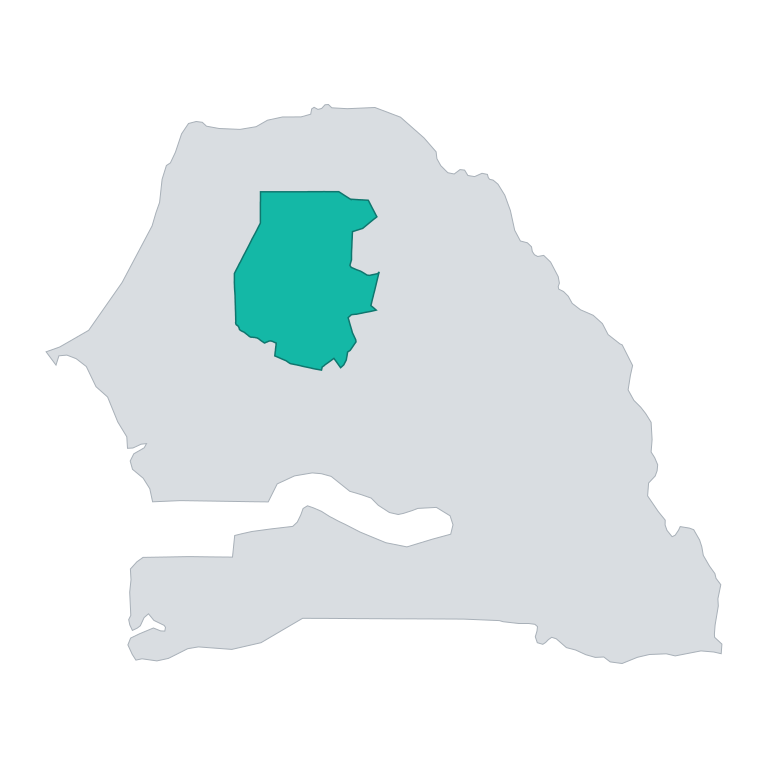 Linguere, Louga, Senegal (highlighted)
{"feature_id": "50182788B14678638932037", "entity_name": "Linguere", "entity_type": "district", "adm_level": 2, "iso_a3": "SEN", "parent_name": "Senegal", "parent_adm1": "Louga", "projection": "natural_earth1", "projection_center": [-15.296, 15.307], "detail": "fine", "context": "in_parent", "style": "filled", "palette": "teal", "viewbox_px": 768, "rotation_deg": 0, "n_neighbors": 0, "source": "geoboundaries", "source_scale": "gbopen_adm2", "svg_char_len": 8441}
<svg xmlns="http://www.w3.org/2000/svg" viewBox="0 0 768 768"><path d="M622.2,344.9L632.6,365.5L630.4,375.4L628.1,389.9L633.9,400.4L640.8,407.3L645.7,413.6L651.1,422.3L652.1,439.6L651.1,452.0L654.7,457.7L657.7,464.8L657.1,470.8L655.2,476.0L648.6,483.0L647.6,495.9L658.3,511.6L665.2,520.1L665.1,525.0L667.0,530.4L672.1,536.7L675.2,535.2L678.6,530.1L680.2,526.6L689.4,528.1L693.7,529.7L699.6,540.0L701.8,546.8L703.3,555.4L709.5,566.1L714.9,573.6L716.0,578.3L720.8,584.7L717.9,598.8L718.3,606.0L715.1,625.0L714.4,634.0L714.6,637.3L721.9,644.1L721.2,653.7L713.8,652.0L700.9,650.9L675.2,655.9L666.3,653.8L649.4,654.5L637.4,657.3L622.1,663.5L610.2,661.9L603.8,657.0L595.3,657.4L585.8,654.7L575.6,650.0L566.4,647.6L556.3,638.8L551.7,637.3L548.4,639.6L545.6,642.5L542.8,644.3L537.3,642.7L535.3,636.8L537.0,631.0L537.5,626.6L534.9,624.3L528.8,623.5L518.9,623.5L503.1,621.7L499.4,620.6L463.8,619.1L427.0,618.9L395.7,618.8L356.2,618.6L328.5,618.4L302.6,618.3L282.6,630.0L261.0,642.7L231.8,649.4L198.4,646.9L187.7,648.7L176.6,654.3L168.4,658.4L156.9,660.9L142.0,658.8L135.9,660.1L132.2,654.3L127.9,644.9L130.6,638.1L139.7,633.7L153.4,628.0L160.6,630.9L164.8,631.1L165.5,627.4L164.2,625.4L153.9,620.4L148.5,613.8L144.1,617.6L140.3,625.8L137.1,628.2L132.4,630.4L129.8,624.9L128.7,619.6L130.8,615.4L129.7,592.2L131.0,579.8L130.4,569.0L136.9,561.8L143.0,557.4L166.9,557.0L189.2,556.6L210.6,556.9L232.5,557.1L234.7,535.5L241.6,533.8L251.9,531.5L271.2,528.9L292.7,526.4L297.3,522.1L300.8,514.9L303.1,508.5L307.5,505.8L313.5,507.9L321.4,511.3L329.6,516.5L338.9,521.4L345.2,524.4L360.2,532.1L385.8,542.7L406.9,546.9L432.3,539.2L450.7,534.2L453.0,524.8L450.1,515.8L436.4,507.4L417.8,508.4L412.1,510.6L403.4,513.4L398.2,514.5L389.4,512.5L378.3,505.3L371.2,498.1L361.4,494.7L349.8,491.3L331.2,476.4L321.4,473.7L312.2,472.9L294.5,475.9L277.2,483.9L268.2,501.9L250.9,501.7L214.1,501.1L180.4,500.6L152.6,501.8L149.8,488.7L143.2,478.2L132.5,469.3L130.2,461.0L133.8,453.8L144.2,447.8L146.5,443.6L141.1,444.2L132.9,448.0L127.5,448.3L126.8,436.8L117.8,422.0L107.6,397.0L96.0,386.7L86.3,366.5L76.2,358.7L66.9,355.1L58.9,355.8L56.0,365.1L46.1,351.8L59.7,347.0L88.7,330.3L122.1,282.5L152.1,225.9L156.0,212.6L159.6,202.4L162.1,179.3L166.4,165.5L170.4,162.9L175.4,152.3L181.6,133.8L188.5,123.5L196.2,121.5L202.3,122.3L206.5,126.2L219.1,128.5L240.0,129.4L256.1,126.7L267.5,120.2L282.4,117.0L301.0,116.9L310.7,114.2L311.7,108.9L314.1,107.3L317.9,109.4L321.6,108.5L325.0,104.8L328.4,104.5L331.8,107.8L347.3,108.7L374.9,107.5L400.5,117.2L424.0,137.9L436.1,151.8L436.9,158.7L440.8,165.7L447.8,172.7L454.2,174.0L460.0,169.6L464.6,170.1L467.9,175.5L474.6,176.6L482.0,173.3L487.4,174.4L488.3,177.6L489.6,179.3L493.1,180.1L498.0,184.2L504.8,195.2L510.4,210.6L514.7,230.3L520.4,241.0L527.4,242.8L531.5,246.8L532.3,251.5L534.4,254.7L537.7,256.5L543.7,255.4L550.6,262.1L558.2,276.6L559.4,283.1L558.2,286.6L558.7,289.1L563.6,291.6L568.3,296.3L572.2,303.4L580.5,309.8L593.2,315.3L602.4,323.6L608.1,334.6L619.8,343.8L622.2,344.9Z" fill="#d9dde1" stroke="#a8b0b8" stroke-width="1"/><path d="M260.5,201.2L260.4,202.2L260.4,203.9L260.4,205.7L260.4,209.3L260.4,212.7L260.4,216.2L260.4,219.7L260.4,222.0L260.4,222.4L260.4,222.7L260.4,222.8L260.3,223.3L259.1,225.6L258.5,226.8L258.3,227.1L258.2,227.4L257.6,228.5L256.7,230.4L256.2,231.3L254.8,234.0L253.5,236.3L253.2,236.9L252.9,237.6L252.5,238.1L252.0,239.1L251.0,241.2L249.2,244.8L247.4,248.3L245.6,251.7L245.6,251.8L243.6,255.5L241.8,259.1L240.8,261.1L240.6,261.5L240.4,262.0L239.9,262.7L239.9,262.8L239.2,264.0L238.1,266.3L236.2,269.9L234.4,273.5L234.4,275.1L234.4,276.7L234.4,278.3L234.4,278.6L234.4,281.1L234.3,282.2L234.4,282.5L234.4,283.5L234.4,284.0L234.5,285.4L234.5,286.9L234.6,288.7L234.6,288.8L234.6,289.0L234.7,290.5L234.9,292.6L235.0,294.7L235.1,295.9L235.1,298.0L235.2,299.9L235.2,301.4L235.3,303.7L235.3,304.9L235.4,305.8L235.4,308.2L235.5,310.6L235.6,313.0L235.6,314.9L235.7,316.8L235.7,318.1L235.7,319.4L235.8,320.6L235.8,321.9L235.6,322.6L235.8,323.6L236.0,324.3L236.2,324.5L236.4,324.9L236.9,325.2L237.3,325.3L237.4,325.5L237.7,325.6L237.9,325.9L238.1,326.2L238.3,326.5L238.5,326.8L238.7,327.0L238.8,327.3L239.0,327.6L239.1,327.9L239.2,328.2L239.2,328.6L239.3,328.9L239.4,329.3L239.6,329.6L239.8,329.8L240.2,330.1L240.6,330.4L240.9,330.6L241.2,330.8L241.6,331.0L242.0,331.2L242.5,331.5L243.4,331.8L243.9,332.1L244.5,332.5L244.9,332.7L245.4,333.3L245.8,333.5L246.6,334.2L247.2,334.6L247.8,335.1L248.6,335.8L249.2,336.3L250.0,336.8L250.3,336.9L250.7,337.1L250.9,337.1L251.1,337.2L251.3,337.2L251.5,337.2L252.0,337.2L252.6,337.2L252.9,337.2L253.2,337.3L253.4,337.4L253.7,337.4L254.0,337.4L254.3,337.4L254.6,337.4L254.8,337.4L255.2,337.6L255.4,337.6L255.8,337.7L256.1,337.7L256.6,337.8L256.8,337.9L257.1,337.9L257.3,338.1L257.5,338.2L257.9,338.4L258.1,338.4L258.3,338.6L258.6,338.8L258.9,339.0L259.2,339.2L259.7,339.6L259.9,339.8L260.2,340.0L260.5,340.3L261.1,340.7L261.5,341.0L261.8,341.2L262.2,341.5L262.6,341.7L263.0,342.0L263.4,342.3L263.7,342.5L264.2,342.8L264.4,343.0L264.7,343.0L264.9,342.9L265.1,342.8L265.3,342.7L265.7,342.5L266.1,342.3L266.5,342.1L266.9,342.0L267.2,341.9L267.5,341.8L267.7,341.7L268.0,341.5L268.3,341.4L268.5,341.3L268.8,341.2L269.0,341.1L269.4,341.0L269.7,341.0L270.0,341.0L270.2,340.9L270.4,340.9L270.6,340.9L270.8,341.0L271.1,341.0L271.5,341.1L271.8,341.2L272.1,341.3L272.3,341.4L272.5,341.4L272.7,341.5L273.0,341.6L273.3,341.7L273.6,341.9L273.9,342.1L274.3,342.3L274.7,342.4L275.2,342.7L275.4,342.8L275.7,342.8L276.1,342.9L276.2,343.1L276.2,343.4L276.2,343.8L276.1,344.0L276.2,344.4L276.0,344.7L276.0,345.0L276.0,345.4L276.0,346.0L275.8,346.5L275.8,346.9L275.7,347.5L275.7,348.1L275.6,348.5L275.5,349.0L275.5,349.6L275.5,350.3L275.4,350.8L275.3,351.4L275.2,352.1L275.1,352.8L275.1,353.1L274.8,355.9L277.2,356.9L279.5,357.9L281.7,358.9L283.9,359.8L286.2,360.8L288.1,362.2L290.1,363.5L291.1,363.8L292.8,364.1L294.6,364.5L296.4,364.8L298.1,365.2L299.5,365.5L300.8,365.8L302.2,366.2L303.6,366.5L305.0,366.8L306.5,367.1L308.9,367.6L310.8,368.0L312.7,368.5L314.7,368.9L315.7,369.1L316.4,369.2L318.1,369.5L319.8,369.8L321.5,370.1L322.2,367.0L324.1,365.7L325.0,364.8L328.0,362.7L330.9,360.6L333.9,358.4L336.2,361.5L338.4,364.6L340.6,367.7L342.1,366.4L343.8,364.8L344.6,363.2L345.5,361.5L346.3,359.9L346.6,357.9L347.0,355.9L347.3,354.0L347.6,352.0L350.1,350.4L351.6,348.3L353.1,346.1L354.5,344.0L356.0,341.9L355.7,339.7L354.6,337.4L353.5,335.0L352.4,332.7L351.6,329.7L350.7,326.7L349.8,323.7L349.0,320.7L348.1,317.7L348.4,317.4L351.4,314.7L353.1,314.5L354.8,314.3L356.5,314.2L359.3,313.6L362.0,313.1L364.7,312.5L367.4,312.0L370.2,311.5L372.9,310.9L374.0,310.6L375.1,310.4L376.2,310.1L373.7,307.9L370.9,305.6L371.5,303.2L371.8,301.8L372.7,298.1L373.2,296.3L373.6,294.4L374.6,290.7L375.5,286.9L375.7,286.1L375.9,285.3L376.4,283.2L377.3,279.4L378.2,275.8L378.5,274.4L378.9,273.1L379.2,271.9L377.6,273.7L375.9,274.0L374.2,274.4L372.5,274.7L369.6,275.4L367.1,275.1L364.2,273.3L361.7,271.8L360.4,271.1L359.0,270.6L357.6,270.1L356.3,269.6L353.1,268.2L351.2,267.4L349.9,265.4L350.0,264.9L350.4,263.6L350.9,261.8L351.5,259.9L351.5,257.8L351.5,255.6L351.5,253.4L351.6,250.3L351.8,247.2L351.9,244.1L352.0,241.0L352.2,237.9L352.3,234.7L352.5,231.6L354.5,231.0L356.6,230.3L358.6,229.7L360.7,229.0L362.7,228.4L365.1,226.4L367.4,224.5L369.8,222.5L372.1,220.6L373.7,219.3L375.3,218.1L376.9,216.8L375.9,215.0L374.0,211.3L372.1,207.7L370.2,204.0L369.3,202.2L368.3,200.3L367.4,200.2L365.4,200.1L363.8,200.0L363.7,200.0L362.5,199.9L359.6,199.8L357.8,199.7L357.4,199.6L356.6,199.6L353.7,199.4L350.8,199.2L350.8,199.4L349.9,198.8L349.2,198.4L347.8,197.5L344.8,195.6L341.9,193.7L338.8,191.7L337.5,191.7L337.1,191.7L335.9,191.7L332.9,191.7L329.9,191.7L327.0,191.7L325.8,191.7L324.6,191.6L323.4,191.6L322.3,191.7L320.6,191.7L319.0,191.7L317.3,191.7L315.6,191.7L314.0,191.7L312.3,191.7L311.3,191.7L310.6,191.7L309.8,191.7L308.9,191.7L308.0,191.7L307.9,191.7L307.2,191.8L306.0,191.8L305.9,191.8L305.6,191.8L303.9,191.8L302.2,191.8L300.6,191.8L298.9,191.8L297.2,191.8L295.5,191.8L293.9,191.8L292.2,191.8L290.5,191.8L288.8,191.8L287.2,191.8L285.5,191.8L283.8,191.8L282.1,191.8L280.5,191.8L278.8,191.8L277.1,191.8L276.0,191.8L275.8,191.8L273.8,191.8L272.1,191.8L270.4,191.8L268.8,191.8L267.1,191.8L265.4,191.8L263.7,191.8L262.1,191.8L260.5,191.8L260.5,193.4L260.5,194.4L260.5,195.0L260.5,195.5L260.5,196.1L260.5,196.7L260.5,197.3L260.5,198.5L260.5,199.4L260.5,200.3L260.5,201.2Z" fill="#14b8a6" stroke="#0f766e" stroke-width="1.5"/></svg>